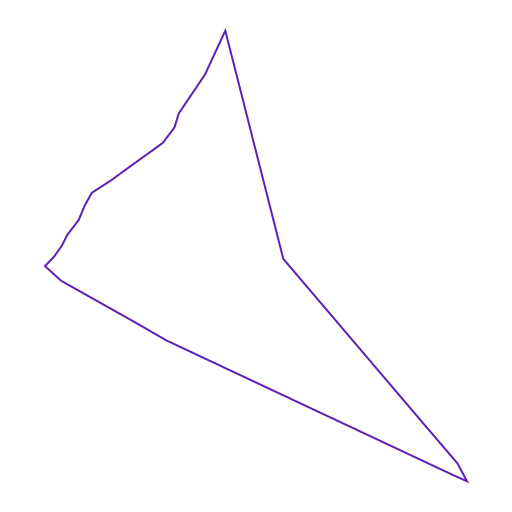 outline of Palestina, Alagoas, Brazil
{"feature_id": "56859067B33647530257209", "entity_name": "Palestina", "entity_type": "district", "adm_level": 2, "iso_a3": "BRA", "parent_name": "Brazil", "parent_adm1": "Alagoas", "projection": "robinson", "projection_center": [-37.312, -9.686], "detail": "fine", "context": "isolated", "style": "outline", "palette": "violet", "viewbox_px": 512, "rotation_deg": 0, "n_neighbors": 0, "source": "geoboundaries", "source_scale": "gbopen_adm2", "svg_char_len": 392}
<svg xmlns="http://www.w3.org/2000/svg" viewBox="0 0 512 512"><path d="M225.3,30.7L205.0,74.5L178.8,113.4L174.5,127.4L162.8,142.9L125.3,169.9L111.0,180.4L91.8,192.8L84.8,205.4L78.7,220.0L67.6,234.4L61.8,245.7L54.5,256.1L45.0,266.1L61.3,280.9L138.3,324.2L166.5,340.5L452.7,474.9L467.0,481.3L457.5,463.4L423.8,424.0L283.3,258.9L225.3,30.7Z" fill="none" stroke="#5b21b6" stroke-width="2"/></svg>